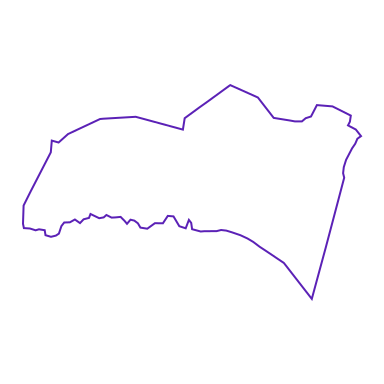 Nova Cruz, Rio Grande do Norte, Brazil (Robinson projection)
{"feature_id": "56859067B97026747899103", "entity_name": "Nova Cruz", "entity_type": "district", "adm_level": 2, "iso_a3": "BRA", "parent_name": "Brazil", "parent_adm1": "Rio Grande do Norte", "projection": "robinson", "projection_center": [-35.448, -6.46], "detail": "fine", "context": "isolated", "style": "outline", "palette": "violet", "viewbox_px": 384, "rotation_deg": 0, "n_neighbors": 0, "source": "geoboundaries", "source_scale": "gbopen_adm2", "svg_char_len": 1250}
<svg xmlns="http://www.w3.org/2000/svg" viewBox="0 0 384 384"><path d="M50.8,152.3L30.7,191.3L23.6,205.5L23.0,223.8L23.9,228.1L29.9,228.5L35.6,230.3L39.0,229.3L44.7,230.2L45.5,235.2L51.0,236.8L55.9,235.6L58.9,233.6L61.4,226.1L64.2,222.5L69.9,222.3L74.9,219.5L80.0,223.1L83.6,219.3L89.0,217.9L90.5,214.0L99.2,218.2L103.7,217.4L106.4,215.0L111.6,217.6L115.5,217.4L120.6,216.9L124.5,220.8L127.0,223.8L130.5,219.7L134.3,220.6L137.9,223.3L140.4,227.6L147.3,228.7L154.9,223.2L162.9,223.3L167.8,215.9L173.5,216.4L179.3,226.2L185.7,228.3L188.9,219.9L191.2,222.9L192.1,229.2L200.7,231.5L204.3,231.2L209.0,231.2L213.3,231.1L216.7,231.1L221.1,230.0L226.3,230.6L231.9,232.3L240.4,235.2L247.5,238.5L253.2,241.9L259.7,246.8L265.5,250.6L283.9,263.0L311.8,298.9L325.6,248.1L327.7,240.2L338.8,198.2L344.2,177.7L343.1,173.2L343.8,167.1L346.1,159.8L352.1,148.3L355.2,143.8L357.4,138.7L361.0,136.1L355.8,129.5L348.0,125.4L349.9,121.7L350.8,115.6L332.5,106.4L316.9,105.1L311.0,116.5L305.7,118.2L301.9,121.4L294.9,121.4L289.9,120.5L273.7,117.9L257.9,97.5L230.2,85.1L207.3,101.8L199.0,107.7L184.7,118.2L182.9,129.6L143.9,119.0L135.7,116.8L103.5,118.7L100.1,119.0L80.9,128.0L68.1,134.0L58.6,142.5L51.8,140.6L50.8,152.3Z" fill="none" stroke="#5b21b6" stroke-width="2"/></svg>